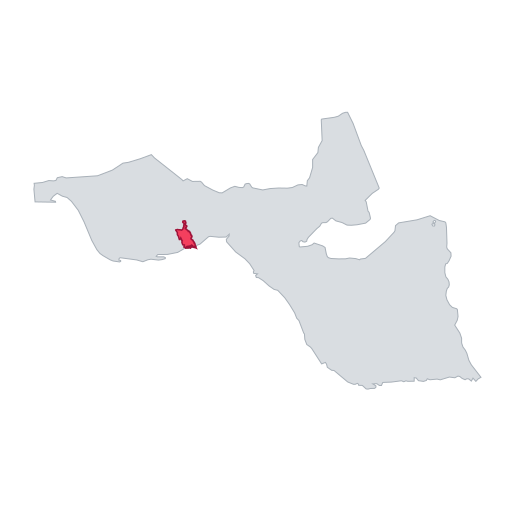 Govuro, Inhambane, Mozambique shown in context, rotated 87°
{"feature_id": "85939544B19130781251351", "entity_name": "Govuro", "entity_type": "district", "adm_level": 2, "iso_a3": "MOZ", "parent_name": "Mozambique", "parent_adm1": "Inhambane", "projection": "albers", "projection_center": [34.741, -21.317], "detail": "fine", "context": "in_parent", "style": "filled", "palette": "rose", "viewbox_px": 512, "rotation_deg": 87, "n_neighbors": 0, "source": "geoboundaries", "source_scale": "gbopen_adm2", "svg_char_len": 7866}
<svg xmlns="http://www.w3.org/2000/svg" viewBox="0 0 512 512"><g transform="rotate(87 256 256)"><path d="M149.3,355.2L152.7,352.3L175.8,326.0L177.2,324.9L175.2,320.6L178.2,315.6L178.5,307.8L179.4,306.5L183.0,303.8L187.9,295.7L190.9,289.5L191.2,286.5L186.7,278.0L185.3,273.5L186.6,269.5L187.0,265.9L186.4,264.6L183.6,263.1L183.2,261.5L183.1,259.6L183.7,258.5L187.0,256.7L187.8,255.7L190.4,245.8L189.4,238.4L189.3,229.9L189.9,221.1L189.5,216.1L187.2,210.4L187.0,206.2L188.5,203.3L188.8,201.6L183.5,200.8L180.7,198.4L170.5,194.8L162.6,194.4L156.0,188.8L150.8,188.0L144.2,183.9L123.4,183.7L122.7,183.2L121.6,170.6L120.7,166.5L118.0,162.1L117.2,159.0L117.3,157.0L128.7,152.1L151.2,145.1L156.2,142.8L194.6,129.4L195.7,130.2L199.6,136.7L206.2,144.1L207.7,143.1L217.0,141.8L218.3,140.8L221.2,140.2L224.4,139.7L225.5,140.2L228.9,144.8L230.1,153.5L230.3,159.3L229.9,163.5L227.1,168.3L225.1,174.4L222.2,177.7L222.3,179.3L225.6,182.9L226.3,184.4L226.2,187.6L226.7,188.9L229.6,190.8L231.8,193.8L240.1,202.7L242.2,204.2L243.9,204.6L244.7,206.4L244.2,208.4L242.9,209.5L243.4,211.2L245.0,212.5L248.8,212.3L249.3,211.7L249.0,203.9L247.7,199.4L246.1,197.3L249.4,188.9L251.1,186.6L257.4,185.7L260.2,184.9L261.4,183.9L262.4,181.3L263.2,173.8L263.5,166.8L262.9,162.7L263.8,156.6L265.2,152.7L264.5,152.0L264.1,146.8L248.4,126.1L239.5,116.9L238.0,115.9L233.0,115.1L230.4,111.8L228.3,93.3L224.9,80.0L230.1,71.2L231.8,65.5L232.9,64.7L237.4,64.3L253.2,64.6L257.1,65.1L258.9,64.6L263.0,61.2L266.4,61.2L270.9,63.5L273.4,65.4L273.8,67.0L276.8,68.0L282.5,68.3L286.7,67.5L289.3,65.6L292.0,64.6L294.9,64.5L297.0,65.2L298.4,66.7L301.2,67.8L305.3,68.5L309.8,67.6L314.8,65.2L317.6,62.6L319.2,58.3L320.1,57.7L327.0,57.4L330.7,58.4L335.4,61.2L343.6,56.5L348.8,55.0L353.7,55.2L357.7,54.1L361.0,51.9L364.3,50.5L371.2,48.9L375.9,46.7L388.9,37.7L390.3,40.5L392.7,43.0L389.3,45.7L392.2,47.5L389.9,50.0L389.6,51.8L390.5,53.7L389.0,56.6L387.0,58.8L386.5,60.6L388.0,63.8L387.0,69.2L389.3,78.5L388.4,81.6L388.7,88.8L387.6,91.4L389.2,92.4L390.0,95.3L389.0,100.3L386.2,102.4L385.8,104.4L389.3,104.6L389.1,111.0L388.5,112.8L389.3,115.0L388.2,117.3L389.0,127.5L388.9,135.0L389.0,136.1L391.9,137.5L391.8,139.5L389.8,142.1L389.8,146.1L392.0,143.0L393.3,143.1L394.4,144.4L394.3,148.8L394.8,151.1L394.5,153.0L390.8,156.6L390.5,160.2L389.1,160.6L388.5,161.5L389.3,163.6L389.2,165.4L386.6,171.0L374.4,184.1L374.1,186.4L370.9,190.6L367.7,191.2L365.9,192.3L367.2,196.1L351.3,205.2L349.7,206.5L347.1,209.9L341.9,211.6L336.4,211.7L335.4,212.4L322.7,216.5L320.2,218.6L314.8,220.4L306.3,225.0L299.3,229.4L291.4,236.1L290.3,239.7L286.6,244.5L281.0,250.1L277.7,254.7L277.5,256.8L275.5,257.4L273.9,255.4L273.2,259.2L271.8,259.5L270.4,258.7L263.4,262.7L258.2,267.2L250.9,276.1L240.3,284.6L237.9,284.8L234.6,281.8L232.8,281.6L235.5,284.8L235.3,292.1L234.0,300.5L234.2,302.3L241.2,311.3L244.5,321.8L244.8,327.2L248.3,334.0L249.8,344.4L249.4,354.1L251.1,355.7L251.7,354.3L252.0,348.2L252.9,346.6L253.9,346.8L254.7,350.1L255.0,353.6L253.7,361.1L254.1,364.2L255.8,369.3L253.7,375.3L250.6,391.8L251.3,392.8L252.9,393.2L253.4,391.4L254.3,391.4L254.8,392.5L253.5,399.0L252.2,401.8L247.7,408.7L245.3,411.7L241.3,414.6L231.8,419.2L213.0,425.9L201.1,431.1L191.8,437.4L187.7,441.6L186.1,446.3L183.0,451.3L185.8,455.4L189.3,458.3L190.9,453.4L191.8,453.3L190.4,473.8L177.6,474.3L173.8,473.6L171.8,473.8L171.4,465.3L169.8,458.9L170.4,454.3L170.1,451.9L167.4,450.3L166.6,445.4L168.1,441.5L167.6,410.1L162.7,394.9L156.3,384.0L155.8,378.6L152.8,366.4L149.3,355.2ZM233.6,78.7L235.2,77.9L235.5,76.4L234.4,75.7L233.5,75.8L233.0,78.3L233.6,78.7ZM232.5,75.9L231.1,74.8L230.1,75.1L229.8,76.1L230.8,77.3L231.9,77.4L232.5,75.9Z" fill="#d9dde1" stroke="#a8b0b8" stroke-width="1"/><path d="M244.5,325.8L244.4,324.6L244.5,323.4L244.4,323.4L244.4,323.6L244.2,324.2L244.1,324.4L244.0,324.6L243.9,324.7L243.7,324.8L243.6,325.0L243.5,324.8L243.4,324.6L243.5,324.4L243.5,324.1L243.3,324.0L243.2,324.1L243.2,323.9L243.4,323.9L243.5,323.8L243.3,323.8L243.5,323.6L243.5,323.4L243.4,323.3L243.1,323.3L242.8,323.2L242.8,322.8L242.7,322.6L242.9,322.6L243.0,322.9L243.1,323.0L243.3,323.1L243.5,322.9L243.8,322.9L243.9,323.2L244.1,322.8L244.2,322.7L244.2,322.3L244.2,322.2L244.0,321.9L243.9,322.1L243.8,322.3L243.7,322.4L243.7,322.2L243.6,321.9L243.4,321.7L243.4,321.8L243.3,321.7L243.6,321.6L243.4,321.4L243.2,321.2L242.9,321.3L242.9,321.5L242.8,321.3L242.8,321.2L242.6,321.0L242.9,320.9L243.0,320.7L243.3,320.2L243.1,319.9L242.9,319.9L242.9,320.0L242.8,320.3L242.7,320.2L242.7,320.4L242.6,320.2L242.5,319.8L242.4,319.8L242.4,319.6L242.2,319.6L241.9,319.6L242.0,319.4L242.2,319.2L242.3,319.2L242.2,319.0L242.2,318.9L242.1,318.5L242.0,318.4L242.3,318.6L242.3,318.3L242.4,318.6L242.6,318.8L242.7,318.7L242.8,318.4L242.8,318.5L242.9,318.8L242.8,319.0L243.0,318.8L243.3,318.7L243.5,318.6L243.5,318.8L243.8,318.8L243.9,318.6L244.0,317.9L243.9,317.9L243.7,317.7L243.7,317.3L243.5,317.2L243.8,316.9L243.8,317.0L243.9,316.9L244.0,316.9L244.1,317.2L244.0,317.3L244.0,317.6L244.3,317.2L244.3,316.7L244.5,316.4L244.5,316.2L244.9,315.4L244.7,315.5L244.6,315.9L244.5,315.6L244.4,315.5L244.2,315.6L243.9,315.5L243.7,315.4L243.6,315.5L243.3,315.8L243.1,315.8L242.9,315.8L242.5,316.0L242.1,316.1L241.6,316.3L241.4,316.3L241.3,316.2L241.1,316.2L240.7,316.3L240.4,316.4L240.2,316.6L239.9,316.8L239.6,316.7L239.4,316.9L239.5,317.1L239.1,317.1L238.7,317.2L238.7,317.4L238.6,317.5L238.4,317.5L238.1,317.7L238.1,317.8L237.9,317.8L237.3,318.1L237.1,318.1L237.1,318.3L237.0,318.5L236.9,318.6L236.7,318.6L236.5,318.9L236.3,319.0L236.1,319.2L236.1,319.4L235.9,319.5L235.6,320.0L235.1,320.0L235.0,319.9L234.8,319.9L234.7,319.8L234.5,319.7L234.3,319.7L234.0,319.5L234.0,319.3L233.8,319.3L233.5,319.1L233.4,319.1L233.0,318.9L232.9,319.0L232.7,319.2L232.4,319.1L232.2,319.3L232.1,319.5L231.9,319.4L231.7,319.7L231.2,319.8L231.2,320.0L230.8,320.1L230.5,320.1L230.4,320.3L230.2,320.3L230.1,320.2L229.8,320.3L229.6,320.3L229.4,320.3L229.2,320.8L228.9,321.0L228.6,320.9L228.2,320.9L228.1,321.0L227.9,321.1L227.8,321.3L227.9,321.6L227.9,321.8L227.7,321.9L227.8,322.1L227.7,322.1L227.5,322.3L227.5,322.5L227.4,322.6L227.1,322.6L227.1,322.8L226.7,323.0L226.4,323.4L226.2,323.5L226.0,323.9L225.9,323.9L225.7,323.9L225.6,324.0L225.3,324.3L225.2,324.5L225.3,324.7L225.1,324.9L224.7,324.9L224.7,325.0L224.4,324.8L224.2,324.8L224.0,324.5L223.8,324.6L223.6,324.5L223.5,324.1L223.4,324.1L223.2,324.0L223.1,323.7L222.8,323.6L222.7,323.5L222.4,323.5L222.1,323.7L222.0,323.8L221.7,324.5L221.3,324.7L221.3,324.8L221.2,324.9L220.8,325.0L220.7,325.0L220.5,324.9L220.4,324.9L220.2,325.0L219.9,324.8L219.9,324.6L219.6,324.5L219.6,324.4L219.4,324.3L219.2,324.4L218.9,324.5L218.7,324.4L218.5,324.6L218.3,324.6L218.1,324.6L217.9,324.6L217.5,324.6L217.4,324.7L217.4,325.0L217.1,325.5L217.2,325.8L217.2,326.2L217.2,326.3L217.2,326.6L217.4,327.2L217.9,327.3L218.7,327.3L219.2,326.7L219.7,326.2L219.8,326.0L219.9,325.7L220.3,326.0L220.9,326.4L221.8,326.4L222.0,326.6L222.3,326.7L222.7,326.4L223.0,326.4L223.3,326.5L223.5,326.9L223.7,327.1L224.3,327.4L224.8,327.5L225.3,327.7L225.6,328.0L226.0,328.6L226.3,328.9L225.8,330.6L225.8,331.8L225.7,332.0L225.4,332.9L225.5,333.6L225.6,334.0L225.8,334.6L225.8,334.8L226.0,334.8L228.5,333.3L229.4,333.4L230.4,333.4L230.7,333.3L231.0,333.2L232.1,332.5L235.5,331.7L235.6,331.1L234.7,330.6L234.2,330.3L234.0,330.2L234.7,329.9L235.6,329.5L236.6,329.3L236.9,329.1L237.0,328.9L237.2,329.0L237.4,329.1L238.2,329.3L238.5,329.3L238.8,329.2L239.1,329.1L239.8,329.0L240.7,328.6L241.0,328.5L241.1,327.9L241.1,327.3L241.2,327.0L241.3,326.9L241.5,327.0L241.8,327.2L242.6,327.3L243.1,327.5L243.3,327.5L243.3,327.4L243.4,327.2L243.4,326.9L243.5,326.8L243.5,326.7L243.7,326.4L243.8,326.0L243.9,325.9L244.0,325.9L244.5,325.8ZM244.8,321.9L244.8,321.6L244.8,321.3L244.8,321.1L244.6,320.9L244.6,321.0L244.7,321.4L244.8,321.6L244.8,321.8L244.8,321.9Z" fill="#f43f5e" stroke="#9f1239" stroke-width="1.5"/></g></svg>